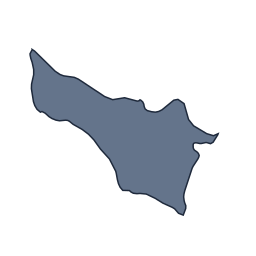 the Province of Carchi, rotated 348°
{"feature_id": "ECU-1409", "entity_name": "Carchi", "entity_type": "Province", "adm_level": 1, "iso_a3": "ECU", "parent_name": "Ecuador", "parent_adm1": "", "projection": "equal_earth", "projection_center": [-78.015, 0.766], "detail": "fine", "context": "isolated", "style": "filled", "palette": "slate", "viewbox_px": 256, "rotation_deg": 348, "n_neighbors": 0, "source": "natural_earth", "source_scale": "10m", "svg_char_len": 1451}
<svg xmlns="http://www.w3.org/2000/svg" viewBox="0 0 256 256"><g transform="rotate(348 128 128)"><path d="M50.6,31.3L52.6,33.3L68.6,57.4L72.6,61.5L75.9,63.6L86.0,67.3L89.5,69.8L111.7,92.4L118.9,97.1L131.0,97.7L142.6,103.6L144.4,103.7L145.3,103.0L146.1,103.2L147.8,105.5L148.4,107.9L148.3,110.4L148.7,112.9L150.5,115.0L154.5,117.0L158.1,118.2L161.5,118.2L165.0,117.3L178.6,110.3L182.8,110.4L187.9,115.8L189.0,132.3L192.6,139.5L203.8,149.9L210.0,153.3L215.0,152.3L214.4,153.3L208.3,159.6L205.5,160.5L202.1,158.7L201.2,158.4L196.5,158.4L195.0,158.1L192.3,156.9L190.9,156.5L189.9,156.5L189.1,156.7L188.5,157.3L188.1,158.5L187.7,160.9L187.9,162.3L188.4,163.5L190.3,165.5L191.1,166.6L191.6,167.8L191.8,168.8L191.9,169.7L191.2,171.1L190.0,172.7L183.6,179.1L182.3,180.8L170.5,201.1L169.0,204.2L168.1,207.0L167.8,210.8L167.9,213.0L168.4,216.0L167.7,218.8L163.9,224.7L159.7,221.9L156.8,216.7L154.8,214.8L146.7,208.9L139.8,202.3L132.1,196.4L126.1,194.5L123.1,194.1L119.6,192.9L117.5,191.1L116.4,189.5L109.9,187.9L108.0,184.4L107.1,180.5L106.9,176.3L107.1,169.7L107.0,167.7L103.4,154.4L96.7,142.9L92.2,132.6L88.1,125.9L82.9,119.9L75.1,113.0L72.2,109.4L70.7,108.1L68.7,107.4L62.5,106.7L59.1,105.3L56.8,103.7L55.9,103.2L53.1,100.5L50.0,96.2L47.3,94.0L45.6,94.3L43.5,91.6L42.9,90.8L41.5,86.7L41.0,82.6L41.7,69.4L42.8,65.0L46.8,56.3L47.9,51.2L47.9,43.9L47.4,39.8L47.4,36.6L47.6,35.0L50.6,31.4L50.6,31.3Z" fill="#64748b" stroke="#1e293b" stroke-width="1.5"/></g></svg>